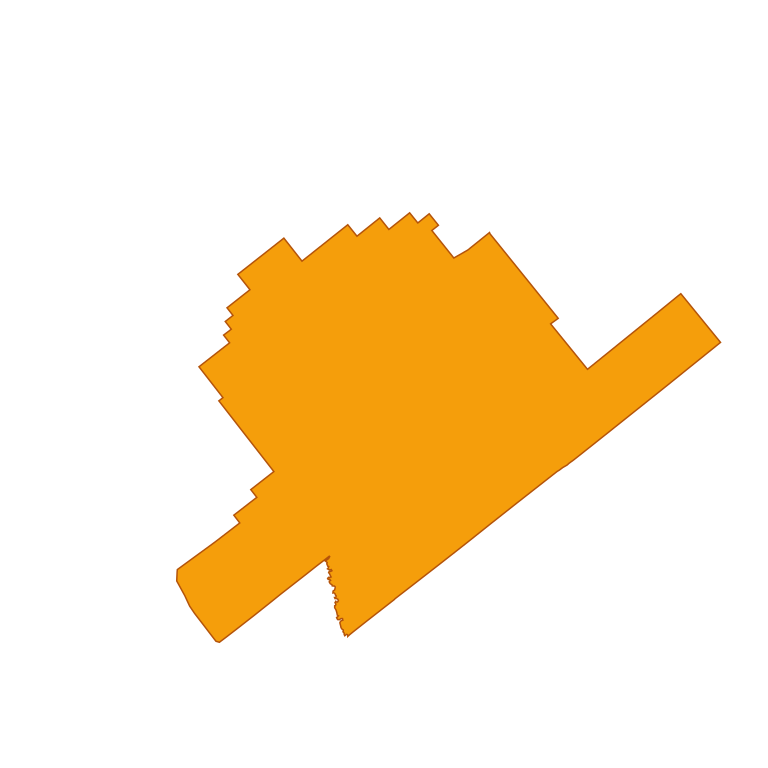 outline of Big Horn, Montana, United States of America, rotated 322°
{"feature_id": "52423323B41893825317472", "entity_name": "Big Horn", "entity_type": "district", "adm_level": 2, "iso_a3": "USA", "parent_name": "United States of America", "parent_adm1": "Montana", "projection": "orthographic", "projection_center": [-107.953, 45.519], "detail": "fine", "context": "isolated", "style": "filled", "palette": "amber", "viewbox_px": 768, "rotation_deg": 322, "n_neighbors": 0, "source": "geoboundaries", "source_scale": "gbopen_adm2", "svg_char_len": 2297}
<svg xmlns="http://www.w3.org/2000/svg" viewBox="0 0 768 768"><g transform="rotate(322 384 384)"><path d="M669.7,495.6L641.3,496.2L553.4,497.7L552.3,439.2L561.7,439.5L560.0,330.9L560.4,329.6L532.4,330.0L516.6,327.7L516.2,292.5L524.6,292.4L524.4,277.7L509.8,277.9L509.6,264.9L483.0,265.2L482.9,250.5L453.7,250.9L453.5,236.2L395.0,236.7L394.9,207.4L374.6,207.5L336.3,207.6L336.4,227.2L307.2,227.3L307.2,237.0L297.4,237.0L297.4,246.8L287.7,246.7L287.7,256.5L248.8,256.5L248.7,295.6L243.5,295.6L243.4,330.2L243.3,385.2L214.0,385.2L214.0,395.0L184.9,394.9L184.8,404.7L154.2,404.5L106.9,403.0L105.3,404.7L99.4,411.6L96.7,428.2L95.5,433.3L94.1,439.4L93.5,448.2L93.4,462.2L93.2,480.7L93.2,483.3L95.3,486.2L96.9,486.2L102.7,486.3L116.7,486.4L128.7,486.4L132.9,486.4L139.9,486.4L149.2,486.3L160.3,486.2L172.6,486.0L182.8,486.0L190.6,486.0L205.1,486.0L218.7,485.9L229.2,486.0L234.8,486.0L234.9,486.6L232.8,487.5L230.7,487.4L228.8,487.4L229.0,488.0L229.3,489.7L228.2,490.5L227.5,493.1L228.0,493.8L226.4,494.9L225.7,494.9L226.1,495.9L227.1,497.3L228.2,497.7L228.0,499.1L226.6,498.9L225.5,497.9L224.2,498.6L224.3,499.8L223.7,502.4L223.5,503.5L222.2,503.1L221.6,502.3L220.5,502.3L219.7,502.7L219.8,503.8L220.9,504.4L221.0,505.8L219.9,505.8L219.0,506.2L218.7,508.2L219.4,510.3L218.9,511.2L219.8,512.1L220.5,512.6L220.7,513.7L220.1,514.5L218.3,515.9L216.4,515.8L215.1,517.2L215.8,517.5L216.3,518.9L215.8,520.4L215.9,521.5L214.6,522.5L213.6,521.8L213.3,523.0L214.3,523.5L215.1,525.2L214.7,526.6L213.2,527.2L212.1,526.3L212.2,525.6L210.8,526.1L210.5,527.9L209.3,528.7L208.6,528.4L207.4,529.9L207.1,532.4L206.2,534.8L204.9,537.4L205.4,538.6L204.0,538.9L202.9,538.8L202.5,540.2L202.5,541.2L203.9,542.3L205.6,542.3L206.9,543.3L206.1,544.8L205.2,544.4L203.7,544.2L202.2,545.0L201.2,547.3L200.1,549.6L200.0,551.7L200.5,552.7L199.8,553.7L199.1,554.0L199.2,554.8L199.2,555.9L198.4,556.9L198.1,558.2L199.1,558.2L200.2,558.1L200.9,559.0L200.7,559.9L200.1,560.6L202.8,560.4L207.5,560.3L224.0,560.2L259.6,560.2L260.4,560.0L280.9,560.1L319.3,560.2L353.2,560.1L353.5,560.1L362.9,560.0L381.2,559.8L414.8,559.6L466.7,559.5L468.8,559.8L473.5,559.9L478.5,560.6L480.9,560.4L486.7,560.6L501.8,560.5L524.4,560.3L525.4,560.3L602.4,559.5L674.8,558.4L673.5,495.6L669.7,495.6Z" fill="#f59e0b" stroke="#b45309" stroke-width="1.5"/></g></svg>